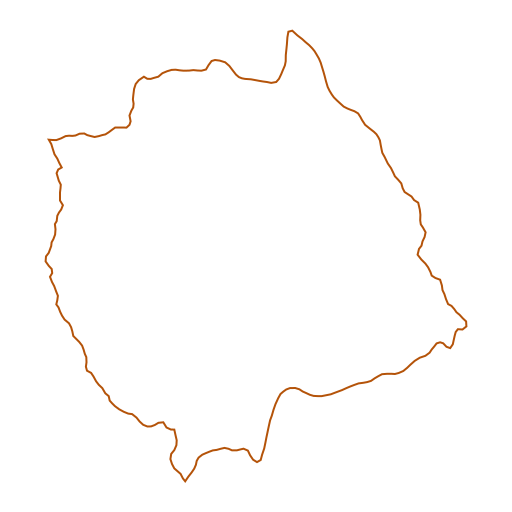 the district of Indaiabira, Minas Gerais, Brazil
{"feature_id": "56859067B4422919980234", "entity_name": "Indaiabira", "entity_type": "district", "adm_level": 2, "iso_a3": "BRA", "parent_name": "Brazil", "parent_adm1": "Minas Gerais", "projection": "robinson", "projection_center": [-42.141, -15.564], "detail": "fine", "context": "isolated", "style": "outline", "palette": "amber", "viewbox_px": 512, "rotation_deg": 0, "n_neighbors": 0, "source": "geoboundaries", "source_scale": "gbopen_adm2", "svg_char_len": 4006}
<svg xmlns="http://www.w3.org/2000/svg" viewBox="0 0 512 512"><path d="M462.5,329.5L466.4,326.4L466.1,321.4L462.8,318.3L459.6,314.8L456.5,312.3L454.2,309.0L451.5,305.9L448.1,304.1L446.0,299.1L444.4,294.1L442.5,290.1L441.9,285.5L440.1,279.7L435.4,278.0L431.7,275.6L430.5,272.1L428.1,267.3L425.4,263.6L421.3,259.5L417.6,254.7L419.0,248.9L421.5,245.7L422.5,241.4L424.6,237.0L425.6,232.3L422.9,227.5L420.8,224.4L420.2,220.3L420.4,214.8L419.8,209.6L418.2,202.7L414.1,200.1L411.5,196.5L407.8,194.1L404.6,192.0L402.7,188.3L401.3,183.4L398.3,179.9L394.9,176.3L393.2,172.6L391.0,168.1L387.8,163.5L384.7,157.1L382.3,152.8L381.5,149.1L380.7,145.0L379.9,140.4L378.4,137.3L376.4,134.2L373.9,131.8L369.8,128.6L365.1,124.8L362.0,120.0L360.3,116.8L358.1,113.4L354.4,111.2L351.1,110.0L347.4,108.5L343.7,106.6L340.6,103.8L336.9,100.4L333.9,97.4L331.8,94.5L329.5,90.7L327.7,87.0L326.0,81.3L324.7,76.2L323.5,71.9L322.0,67.0L320.7,62.7L318.9,58.5L316.4,54.2L314.5,51.1L312.3,48.4L309.1,45.1L305.5,42.1L302.1,39.0L297.4,35.4L292.3,30.7L288.4,31.7L287.4,37.3L286.9,44.3L286.4,49.3L285.8,55.0L285.7,61.3L284.9,65.4L282.8,70.3L281.2,74.2L279.0,78.8L276.2,82.0L271.2,82.9L266.9,82.0L263.1,81.5L259.5,80.9L255.8,80.2L250.9,79.3L245.0,78.9L241.9,78.3L238.9,77.1L236.0,74.6L232.8,70.5L229.3,65.9L225.2,62.3L219.7,60.6L215.0,60.0L211.6,61.0L208.5,65.2L206.0,69.5L201.4,70.7L197.5,70.5L193.4,70.1L189.0,70.6L183.6,70.7L179.5,70.3L175.6,69.7L171.6,69.9L167.2,71.2L162.4,73.2L158.3,76.7L153.9,77.9L150.7,78.9L147.3,78.8L143.9,76.7L138.8,80.2L135.7,84.0L134.1,88.9L133.3,95.3L132.9,99.4L133.6,103.7L133.2,107.5L131.4,110.6L129.5,115.5L130.6,121.3L129.5,124.8L126.5,127.6L121.5,127.5L115.2,127.5L111.9,129.9L108.7,132.3L105.4,134.4L102.2,135.1L98.9,136.1L94.6,137.0L90.5,136.0L87.2,135.1L84.3,133.5L79.6,133.7L75.5,135.5L72.4,135.9L69.1,135.7L65.6,136.1L61.0,138.4L56.3,140.1L52.5,140.0L48.8,139.7L51.3,144.1L52.7,148.7L54.5,154.3L57.3,158.6L59.3,163.0L61.7,167.5L58.2,169.5L56.6,173.2L57.8,177.3L58.8,180.7L60.8,184.7L60.5,188.3L60.0,192.4L60.0,200.5L62.9,205.2L61.2,209.5L59.0,212.5L57.3,215.8L56.7,221.1L54.9,224.1L55.5,229.3L55.1,234.6L53.4,239.1L51.6,242.4L51.2,246.1L50.0,249.4L48.7,252.9L46.0,256.4L45.6,261.4L48.8,265.9L51.7,269.0L52.2,273.1L50.0,276.8L52.0,282.0L54.2,286.1L56.1,291.3L57.9,295.8L57.3,300.2L56.3,304.4L58.5,307.4L60.2,311.9L62.0,315.6L64.6,319.6L69.0,323.3L71.1,327.2L72.3,331.3L73.3,336.0L75.8,338.5L79.2,341.9L82.1,345.6L83.6,349.6L84.8,353.8L86.3,357.1L86.5,362.3L85.9,366.7L87.0,370.7L91.1,372.9L93.5,376.5L96.1,381.3L98.8,384.8L102.3,388.1L105.3,393.3L108.7,396.1L109.7,400.6L112.1,403.3L115.0,406.2L119.2,409.3L123.8,411.8L128.2,413.6L132.1,414.1L136.5,417.6L139.6,421.5L143.2,424.8L147.4,426.5L151.1,426.4L154.8,425.0L158.4,422.8L163.3,422.3L166.5,427.5L170.8,429.5L174.3,429.6L175.5,435.1L176.7,440.3L176.4,445.2L174.3,450.1L171.2,453.9L170.4,459.1L172.0,464.0L174.3,468.4L177.5,471.2L180.6,473.9L182.9,478.4L185.2,481.3L188.3,476.7L191.6,472.5L194.2,468.7L195.9,464.8L196.7,460.9L198.6,457.6L202.3,454.7L205.7,453.2L209.6,451.6L212.8,450.4L216.7,449.9L220.6,448.8L224.5,447.9L228.6,448.8L231.9,450.3L237.0,450.3L240.5,449.4L243.5,448.7L247.9,450.6L250.1,455.3L253.1,459.7L257.0,462.1L260.7,460.0L262.1,454.7L264.2,448.5L265.4,442.7L266.5,437.0L267.4,432.8L268.3,428.5L269.1,424.8L270.1,420.3L271.8,415.7L273.5,409.8L275.5,404.1L278.2,398.2L280.5,394.0L283.3,391.6L286.2,389.5L289.9,388.1L295.2,388.0L299.4,389.3L302.7,391.5L306.5,393.2L309.9,394.8L313.6,395.9L317.5,396.1L321.8,396.1L326.3,395.2L330.8,394.3L334.2,393.0L337.7,391.7L342.0,390.1L346.4,388.1L350.2,386.5L354.1,385.0L358.6,383.4L363.2,382.8L367.1,382.1L371.0,380.9L374.7,378.3L378.1,376.3L382.0,374.2L387.1,373.8L391.5,373.8L394.9,374.0L398.7,373.0L403.3,371.0L407.2,367.8L410.4,364.7L414.8,360.8L419.8,357.7L425.4,355.8L429.6,352.7L431.7,349.5L434.3,346.4L436.6,343.4L440.1,342.3L443.2,343.3L446.5,346.8L450.2,348.1L452.8,344.3L453.8,339.7L454.7,335.7L455.7,332.0L457.9,329.2L462.5,329.5Z" fill="none" stroke="#b45309" stroke-width="2"/></svg>